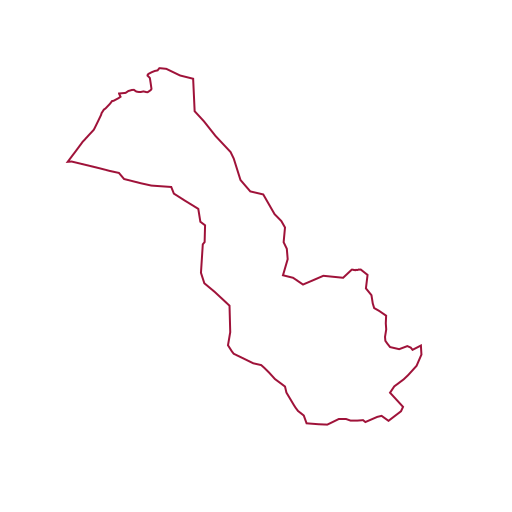 U'yench, Hovd, Mongolia (Albers equal-area conic projection), rotated 129°
{"feature_id": "93677404B15711352976566", "entity_name": "U'yench", "entity_type": "district", "adm_level": 2, "iso_a3": "MNG", "parent_name": "Mongolia", "parent_adm1": "Hovd", "projection": "albers", "projection_center": [91.693, 45.879], "detail": "fine", "context": "isolated", "style": "outline", "palette": "rose", "viewbox_px": 512, "rotation_deg": 129, "n_neighbors": 0, "source": "geoboundaries", "source_scale": "gbopen_adm2", "svg_char_len": 2455}
<svg xmlns="http://www.w3.org/2000/svg" viewBox="0 0 512 512"><g transform="rotate(129 256 256)"><path d="M354.2,111.4L347.3,101.4L342.2,94.5L338.2,92.6L331.3,89.4L330.6,89.1L326.0,83.4L324.4,78.9L320.1,73.6L316.2,69.5L316.2,66.5L304.7,60.5L301.2,57.8L300.7,49.3L285.4,45.6L280.7,46.8L277.9,65.8L270.3,66.5L258.9,63.6L252.7,62.8L240.3,62.1L228.5,65.4L221.8,71.5L230.4,75.3L229.8,78.1L230.8,81.7L238.3,86.1L242.4,94.5L241.4,99.0L240.5,102.1L237.7,104.8L231.1,108.6L226.6,112.8L220.5,117.3L221.2,126.0L222.1,131.4L219.4,135.4L213.8,141.6L212.0,150.2L200.5,157.4L200.6,166.1L200.9,166.4L201.3,166.8L201.6,167.3L202.0,167.8L202.7,168.1L203.3,168.6L203.6,169.2L203.9,169.6L204.4,169.7L204.7,170.1L205.0,170.8L205.5,171.5L205.6,172.0L206.4,173.0L218.1,174.6L229.0,191.2L248.6,201.5L249.6,213.5L254.0,222.9L238.5,229.4L231.0,236.6L227.9,243.2L215.6,251.4L212.9,258.3L211.8,267.9L203.6,289.1L209.4,301.1L206.7,315.9L194.3,334.6L191.2,341.2L188.2,363.0L184.1,381.2L182.1,394.8L157.8,416.4L163.5,428.6L167.0,443.5L170.2,448.4L170.9,449.3L171.8,449.3L172.9,449.3L173.7,449.3L174.9,450.3L175.1,450.4L175.6,450.9L175.9,451.1L178.6,452.6L179.0,452.8L182.0,454.1L183.1,454.3L184.1,453.8L184.1,453.2L184.2,452.9L184.2,452.5L184.4,450.8L184.5,450.5L186.0,448.8L187.0,447.7L188.0,446.6L191.9,442.4L192.8,442.2L193.1,442.3L193.3,442.3L194.0,442.4L196.3,443.1L196.9,443.3L197.6,444.3L197.8,444.6L198.1,445.4L198.8,446.7L198.8,446.8L198.9,447.0L199.4,447.4L199.6,447.6L201.0,448.7L201.4,449.2L202.1,450.1L202.6,450.8L202.8,451.2L203.5,452.5L203.6,453.5L203.7,455.4L205.0,456.9L207.8,458.8L208.0,459.0L211.3,460.0L211.5,460.2L212.3,461.0L215.9,464.7L216.0,464.6L216.9,462.7L217.5,461.5L219.9,462.2L224.9,464.3L225.3,464.6L226.2,465.4L228.2,465.3L229.9,465.3L236.0,465.8L237.9,466.3L238.0,466.4L238.6,466.3L242.2,465.9L243.8,465.2L251.4,463.4L258.0,461.9L260.0,461.5L267.3,462.0L270.9,462.2L271.4,462.3L273.0,462.3L276.3,462.6L279.7,462.4L280.4,462.4L284.9,462.2L289.6,462.0L293.4,461.9L301.3,461.6L298.6,458.7L286.0,432.2L281.9,423.1L277.7,414.8L279.2,407.0L271.9,391.2L267.1,381.6L255.7,365.3L259.2,359.1L257.8,346.7L255.7,330.5L264.4,320.8L264.2,314.9L277.5,304.7L280.4,304.7L303.7,288.2L309.7,279.0L309.9,265.3L311.3,245.3L331.4,228.1L343.0,221.6L345.3,214.8L346.0,211.8L341.1,190.6L337.5,183.3L337.7,179.2L338.4,172.3L339.7,163.9L339.2,151.3L343.0,146.4L348.0,132.8L349.0,129.8L350.0,125.8L349.9,118.5L354.2,111.4Z" fill="none" stroke="#9f1239" stroke-width="2"/></g></svg>